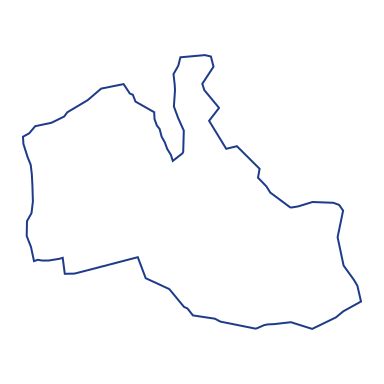 Nsit Ubium, Akwa Ibom, Nigeria
{"feature_id": "59680162B36558878931890", "entity_name": "Nsit Ubium", "entity_type": "district", "adm_level": 2, "iso_a3": "NGA", "parent_name": "Nigeria", "parent_adm1": "Akwa Ibom", "projection": "orthographic", "projection_center": [7.956, 4.76], "detail": "fine", "context": "isolated", "style": "outline", "palette": "blue", "viewbox_px": 384, "rotation_deg": 0, "n_neighbors": 0, "source": "geoboundaries", "source_scale": "gbopen_adm2", "svg_char_len": 1226}
<svg xmlns="http://www.w3.org/2000/svg" viewBox="0 0 384 384"><path d="M343.1,210.6L339.1,204.9L333.4,202.8L312.5,202.0L298.2,206.4L291.5,207.5L290.1,207.3L270.3,192.6L266.5,186.5L258.0,177.7L259.6,168.8L236.9,146.2L226.2,148.8L209.1,120.8L219.0,108.0L218.9,107.7L204.3,90.1L202.3,83.8L213.5,66.7L210.9,56.5L204.9,55.1L180.4,57.3L178.3,65.7L173.5,74.1L174.7,84.7L175.0,90.1L173.9,106.5L178.1,117.9L183.8,130.6L183.2,151.9L182.4,153.4L172.8,160.9L170.9,154.9L167.2,148.9L164.9,142.6L161.6,136.6L159.6,128.9L156.9,125.6L154.5,119.0L154.2,112.2L135.5,101.6L132.8,94.7L129.8,93.5L123.6,84.1L101.2,88.6L87.6,100.2L67.3,112.3L64.2,116.5L54.9,121.1L51.3,122.8L35.2,126.2L29.2,133.3L23.0,136.7L23.4,143.9L27.6,157.1L30.7,164.8L31.8,174.1L32.4,185.0L32.9,201.5L31.5,213.1L27.0,221.1L26.7,236.0L31.0,247.0L34.0,261.1L37.8,259.8L41.8,260.5L48.8,260.5L59.4,258.8L62.7,257.8L64.8,273.8L74.5,273.6L80.0,272.2L137.8,257.2L145.7,278.2L169.3,289.1L184.0,306.9L187.5,308.5L192.9,315.4L214.9,318.7L220.4,321.6L255.3,328.6L256.9,328.3L264.2,325.1L267.8,324.4L274.3,324.1L290.9,322.2L312.2,328.9L335.9,317.4L343.3,311.3L361.0,301.5L357.4,285.8L354.0,280.0L343.6,265.6L337.6,237.2L343.1,210.6Z" fill="none" stroke="#1e3a8a" stroke-width="2"/></svg>